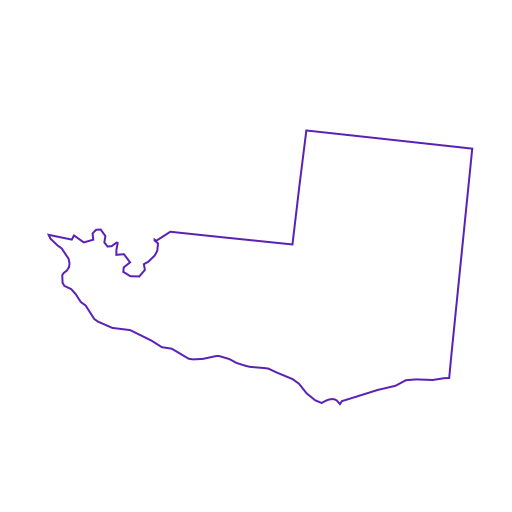 outline of St. Clair, Michigan, United States of America, rotated 98°
{"feature_id": "52423323B46909170803204", "entity_name": "St. Clair", "entity_type": "district", "adm_level": 2, "iso_a3": "USA", "parent_name": "United States of America", "parent_adm1": "Michigan", "projection": "orthographic", "projection_center": [-82.589, 42.844], "detail": "fine", "context": "isolated", "style": "outline", "palette": "violet", "viewbox_px": 512, "rotation_deg": 98, "n_neighbors": 0, "source": "geoboundaries", "source_scale": "gbopen_adm2", "svg_char_len": 1392}
<svg xmlns="http://www.w3.org/2000/svg" viewBox="0 0 512 512"><g transform="rotate(98 256 256)"><path d="M124.7,223.6L180.1,222.8L239.5,221.5L242.0,288.7L243.6,334.7L243.9,344.2L254.8,356.9L253.9,358.7L254.7,358.6L257.2,354.8L264.5,354.5L269.7,356.4L276.6,361.8L279.7,365.9L285.2,364.1L292.5,368.7L292.7,370.6L293.5,377.6L290.2,385.2L285.7,385.4L279.8,379.8L272.6,387.1L274.3,394.4L269.2,395.1L262.4,394.8L262.2,396.1L266.3,400.2L267.3,404.3L263.6,408.1L257.2,407.9L251.4,413.5L252.3,418.0L256.4,421.0L262.5,419.4L266.5,428.4L261.0,439.1L265.4,440.7L263.9,464.3L267.4,462.0L273.3,453.8L275.6,449.4L281.7,444.0L284.6,441.4L285.4,441.0L288.9,439.7L293.0,439.6L296.8,441.3L299.5,444.0L301.4,445.0L302.5,445.1L309.5,443.8L312.3,441.6L314.5,434.4L315.4,433.3L319.0,429.1L325.5,423.5L326.3,422.5L328.4,418.4L329.2,417.4L340.9,407.4L343.0,403.3L347.2,388.3L346.9,370.4L354.4,347.6L359.4,336.6L359.5,326.6L367.1,308.4L367.1,303.7L365.3,294.3L361.0,282.6L360.4,280.5L360.2,278.5L361.8,267.9L364.6,260.5L366.3,250.5L366.6,246.2L365.8,231.9L365.8,228.0L368.6,219.0L372.8,202.7L376.2,196.2L376.4,195.8L385.1,186.6L390.7,177.2L392.4,170.6L389.0,165.8L387.7,163.1L387.0,160.1L387.1,157.8L387.9,155.8L391.0,152.3L387.8,150.8L371.6,116.6L365.1,99.8L358.1,90.2L357.8,88.8L355.9,80.2L354.2,63.8L350.7,52.3L350.0,47.7L330.5,48.6L119.6,56.8L124.7,223.6Z" fill="none" stroke="#5b21b6" stroke-width="2"/></g></svg>